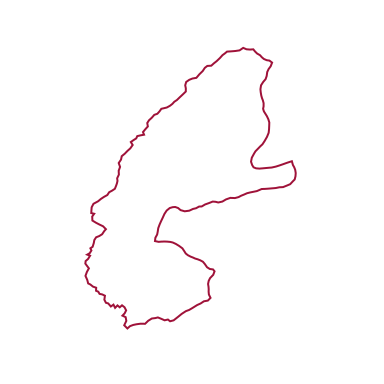 outline of Padre Carvalho, Minas Gerais, Brazil, rotated 238°
{"feature_id": "56859067B17742841496007", "entity_name": "Padre Carvalho", "entity_type": "district", "adm_level": 2, "iso_a3": "BRA", "parent_name": "Brazil", "parent_adm1": "Minas Gerais", "projection": "natural_earth1", "projection_center": [-42.596, -16.309], "detail": "fine", "context": "isolated", "style": "outline", "palette": "rose", "viewbox_px": 384, "rotation_deg": 238, "n_neighbors": 0, "source": "geoboundaries", "source_scale": "gbopen_adm2", "svg_char_len": 3550}
<svg xmlns="http://www.w3.org/2000/svg" viewBox="0 0 384 384"><g transform="rotate(238 192 192)"><path d="M110.5,64.9L111.1,68.3L110.4,71.7L109.3,74.7L107.7,78.3L105.1,82.4L106.0,86.6L106.0,90.9L104.5,94.1L103.7,96.6L100.8,98.7L97.7,100.8L96.6,104.0L94.0,104.9L92.9,108.4L93.5,113.9L94.1,118.7L94.2,123.7L93.5,127.0L93.4,130.6L93.4,133.8L93.4,136.5L92.9,140.2L93.0,144.2L91.5,147.9L92.4,151.6L96.1,152.0L98.7,153.3L100.8,154.7L102.9,155.8L105.5,156.9L107.8,159.1L109.4,161.7L110.5,166.1L112.8,169.1L115.2,168.8L117.3,166.3L120.2,164.9L124.2,164.7L127.1,164.3L129.7,162.8L132.0,161.1L133.9,159.4L135.9,158.1L137.9,156.6L140.6,155.0L143.2,154.1L145.7,154.1L149.3,154.0L153.1,152.5L156.5,150.8L159.4,148.9L161.2,147.1L163.1,144.6L164.6,142.4L166.1,139.8L167.4,137.3L170.0,134.6L172.6,136.7L174.4,139.9L176.4,141.8L179.2,144.2L181.6,147.3L183.5,150.1L185.6,153.4L188.0,157.0L189.7,160.7L190.2,164.6L189.4,167.5L188.2,169.8L185.8,171.7L182.7,172.7L179.5,175.6L177.6,179.8L177.1,183.9L176.1,186.8L175.9,190.3L174.6,192.6L174.5,196.5L173.6,200.6L172.9,204.5L171.2,206.8L169.2,208.7L167.8,212.7L167.7,216.9L166.7,221.4L164.1,225.2L163.0,228.8L162.8,231.7L162.2,235.1L161.8,238.0L160.8,241.1L159.6,244.3L158.4,247.5L157.6,252.7L156.2,255.1L154.7,257.9L153.1,261.0L151.0,265.1L149.7,268.6L147.9,271.8L147.2,275.7L146.6,279.4L147.6,283.1L148.2,285.7L150.5,288.1L153.1,290.0L156.2,291.3L158.9,291.8L161.4,291.9L165.2,293.0L166.4,288.1L167.3,284.0L168.2,280.1L169.1,276.6L170.5,272.6L172.3,269.1L174.2,265.3L176.1,261.6L178.1,258.9L180.3,257.3L182.9,257.3L186.4,258.1L189.4,260.9L191.7,265.0L192.9,267.4L193.7,270.7L194.6,274.3L195.1,277.0L196.7,280.5L199.0,284.8L201.6,288.4L204.4,290.6L207.3,292.6L210.0,294.4L213.2,295.3L216.6,295.7L219.1,295.7L222.3,295.7L224.9,296.4L226.7,298.1L229.4,299.8L232.3,300.7L234.5,301.1L237.2,301.9L240.3,303.2L242.9,304.5L245.9,307.1L247.6,310.7L248.7,314.2L250.8,316.8L253.9,319.4L255.7,322.2L256.9,325.3L259.3,328.5L262.4,327.3L264.2,325.2L266.8,323.4L269.4,322.6L271.9,322.2L274.9,320.6L277.9,319.9L280.5,319.6L282.1,316.6L284.2,313.8L287.1,311.8L286.9,307.4L288.6,303.5L290.5,299.8L292.5,296.1L292.1,293.3L291.9,290.4L290.8,286.6L289.9,282.2L289.5,278.6L288.9,275.3L290.8,271.8L290.5,268.7L288.9,265.2L287.9,260.6L286.5,256.2L288.0,252.5L288.6,249.1L288.4,245.4L286.1,242.8L283.2,241.7L280.5,240.0L279.6,235.8L278.8,231.7L278.0,228.0L277.9,224.8L277.1,222.0L276.8,219.0L277.0,215.4L277.9,212.7L278.8,210.1L277.6,207.2L276.7,204.1L277.4,200.9L276.3,197.3L275.6,193.5L274.2,190.6L271.0,189.3L269.9,185.5L268.8,182.2L266.0,181.7L267.3,178.4L268.4,175.2L267.0,173.1L267.0,170.0L266.8,166.6L263.3,166.6L261.7,162.8L261.0,158.8L260.1,155.2L259.6,151.4L257.1,149.0L255.4,145.2L251.4,144.3L248.9,141.1L245.5,139.2L243.3,135.8L240.9,134.7L239.1,132.9L237.5,130.9L235.6,128.3L235.5,125.1L235.7,121.6L234.3,118.6L234.5,114.8L234.4,111.1L233.9,107.5L234.2,102.2L232.2,98.8L229.9,97.1L227.5,95.4L225.4,97.5L224.1,94.4L220.6,92.4L216.8,94.3L213.4,96.3L210.1,98.4L206.1,99.3L205.3,96.7L203.8,93.4L203.8,90.0L204.4,86.7L203.0,83.7L200.8,81.7L198.2,78.7L198.1,76.0L195.7,75.7L194.3,72.8L194.4,70.0L192.0,71.8L190.3,68.4L189.8,65.2L187.8,63.6L185.3,63.8L181.9,64.1L179.9,60.5L177.3,57.2L173.0,56.6L169.5,55.5L167.4,56.8L164.2,57.9L161.6,60.0L159.1,58.3L157.1,59.7L154.6,59.6L152.7,61.6L150.2,63.2L147.1,60.6L143.7,60.3L141.9,61.9L137.9,62.5L138.1,65.7L134.5,65.4L135.3,68.7L132.5,69.6L133.0,72.6L130.0,73.7L126.5,73.4L124.8,70.6L124.0,67.5L121.0,69.4L117.5,68.0L114.9,63.9L110.5,64.9Z" fill="none" stroke="#9f1239" stroke-width="2"/></g></svg>